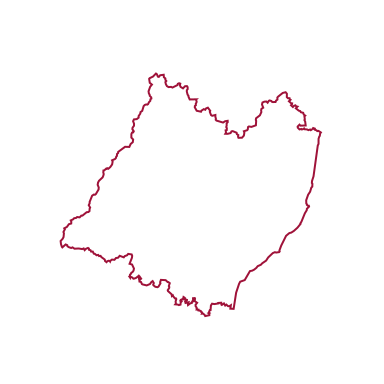 Hurunui District, Canterbury, New Zealand (Robinson projection), rotated 344°
{"feature_id": "76426892B32484543258144", "entity_name": "Hurunui District", "entity_type": "district", "adm_level": 2, "iso_a3": "NZL", "parent_name": "New Zealand", "parent_adm1": "Canterbury", "projection": "robinson", "projection_center": [172.736, -42.667], "detail": "fine", "context": "isolated", "style": "outline", "palette": "rose", "viewbox_px": 384, "rotation_deg": 344, "n_neighbors": 0, "source": "geoboundaries", "source_scale": "gbopen_adm2", "svg_char_len": 6045}
<svg xmlns="http://www.w3.org/2000/svg" viewBox="0 0 384 384"><g transform="rotate(344 192 192)"><path d="M154.9,107.7L155.1,110.4L154.5,112.3L152.6,113.8L152.0,115.1L152.4,116.4L152.2,117.2L152.7,117.6L151.9,118.5L150.7,118.4L149.7,119.6L148.7,123.0L149.9,125.3L148.8,127.8L146.3,128.9L144.2,131.4L140.1,130.1L132.1,133.1L131.7,134.2L130.4,134.8L129.8,136.6L128.9,137.1L128.2,138.4L127.0,139.1L123.9,139.5L124.1,140.9L122.8,143.5L120.3,145.5L118.0,146.6L117.3,145.9L116.5,146.3L116.1,145.8L113.7,147.0L112.8,146.9L112.1,148.8L112.1,150.4L111.3,151.8L110.1,153.3L105.8,155.5L104.3,157.0L103.3,159.1L103.6,161.9L102.9,163.8L99.0,167.5L97.9,167.9L97.0,167.4L95.0,168.0L90.8,173.4L90.6,174.5L89.1,176.2L89.8,178.9L89.0,179.8L88.2,182.1L86.9,182.7L85.1,182.4L80.2,184.5L79.1,184.2L77.0,185.4L74.7,184.4L73.3,185.0L71.5,184.7L70.2,185.5L67.6,185.9L67.8,187.3L67.2,189.0L64.8,189.0L62.1,191.1L59.2,191.7L59.5,192.8L57.4,195.0L57.5,196.4L56.1,199.9L54.8,201.3L52.2,202.9L51.7,206.0L51.8,208.8L52.1,209.5L56.1,207.6L57.4,208.7L57.3,209.8L58.3,211.0L60.4,212.5L61.9,212.3L63.4,214.1L67.6,215.1L70.7,216.6L72.3,216.4L72.8,218.3L74.3,217.4L76.6,217.1L77.3,217.9L77.1,219.2L78.4,220.0L78.6,221.5L80.2,221.9L80.6,224.2L81.6,224.7L82.8,226.5L84.5,226.6L85.0,228.0L86.5,228.2L86.9,229.5L89.5,232.9L89.4,234.4L90.5,235.9L91.4,235.2L92.9,235.1L93.8,235.5L94.1,236.3L94.6,235.6L96.4,234.9L98.8,235.8L100.7,234.5L102.8,234.8L104.9,233.4L108.4,236.0L109.6,235.1L112.2,234.9L113.6,233.9L116.8,235.4L116.9,236.9L116.1,238.7L112.2,243.8L114.4,245.2L115.1,249.6L114.1,251.5L112.7,252.6L111.4,252.9L110.9,253.7L109.6,254.4L109.1,255.5L109.4,256.0L108.5,256.1L108.9,257.3L109.2,256.7L109.7,256.7L111.0,257.7L111.8,259.2L112.4,259.3L114.4,259.2L117.4,258.0L117.3,259.2L117.7,258.6L117.9,259.4L118.4,259.0L119.2,261.3L117.4,262.1L116.8,263.6L118.2,264.5L118.5,266.7L119.0,267.2L122.7,269.3L126.2,268.9L128.2,267.3L129.6,266.8L130.2,269.0L129.2,270.3L129.2,271.0L130.6,273.0L132.6,274.0L133.7,273.7L136.5,271.1L136.5,269.9L137.9,267.9L142.4,269.5L143.8,271.9L144.5,272.1L145.5,273.5L143.8,276.0L144.0,277.1L143.5,278.1L141.6,279.7L141.6,280.6L144.2,284.7L144.0,286.5L145.1,286.1L145.2,287.1L146.3,289.6L147.2,289.8L147.4,290.6L146.1,292.7L145.7,294.9L145.0,295.4L147.3,296.3L148.2,297.1L149.9,297.1L150.6,295.2L152.0,294.2L150.8,293.3L151.4,292.6L154.0,292.2L154.9,290.6L155.6,291.4L154.5,292.6L154.7,293.0L156.0,292.9L155.9,293.4L157.4,294.3L157.2,294.8L155.2,295.3L155.2,296.9L158.1,297.0L157.2,298.1L157.0,299.6L159.6,298.6L161.2,298.6L161.3,298.0L162.5,297.6L162.2,297.2L163.3,296.1L163.7,294.4L165.4,294.7L165.5,295.4L164.5,297.6L166.4,299.9L164.3,301.4L164.0,302.8L164.6,304.4L164.3,305.0L164.6,305.7L164.1,306.3L165.8,306.9L165.5,307.6L167.6,308.7L167.7,309.8L168.4,310.3L168.5,311.1L168.0,311.7L169.1,311.9L170.3,313.7L170.5,314.9L174.7,315.2L175.1,313.7L174.6,313.1L175.4,313.0L175.0,312.4L176.6,310.4L177.3,310.6L178.9,306.3L180.5,304.9L182.6,305.9L186.6,306.4L186.7,305.9L189.6,306.5L189.2,308.4L189.5,308.8L192.0,307.9L192.6,310.3L194.0,309.7L195.1,311.6L196.4,312.1L198.1,311.6L196.7,314.7L199.8,315.8L206.7,300.9L211.9,293.3L213.6,291.5L218.4,291.2L225.9,284.0L228.1,284.2L230.2,283.8L232.9,282.7L234.7,281.4L238.2,280.9L239.8,279.9L244.3,278.4L247.2,275.9L252.8,273.0L255.1,272.7L256.2,273.4L259.2,273.8L259.9,273.3L259.9,272.3L263.0,268.1L270.4,260.0L274.3,258.3L276.2,258.4L279.2,257.5L283.5,255.4L287.5,252.6L287.4,252.2L289.1,250.6L294.6,243.6L297.3,241.1L297.8,239.8L300.5,238.3L300.5,237.4L299.7,237.2L298.9,236.1L299.1,235.5L298.7,234.6L299.5,231.4L302.9,226.6L305.6,224.3L307.9,220.7L309.1,220.0L310.0,217.3L309.7,216.4L310.4,214.5L313.1,210.5L325.7,182.0L326.9,180.6L328.3,175.8L329.6,173.8L330.3,173.3L331.3,171.1L332.3,170.3L330.4,168.1L329.2,168.0L328.7,167.0L327.3,166.1L327.0,165.6L327.5,164.9L326.1,163.9L324.8,165.0L325.0,165.3L324.5,165.0L323.2,165.3L322.8,164.5L320.9,164.6L319.9,163.6L317.5,162.7L317.3,161.8L315.6,162.2L314.7,162.1L314.4,161.5L312.6,161.5L311.4,159.3L311.6,158.2L313.9,156.9L314.5,158.1L319.6,159.4L320.2,155.5L319.9,153.8L320.5,153.2L320.9,150.3L321.9,149.8L320.8,148.4L320.7,146.5L318.6,145.3L318.3,144.0L317.1,143.3L314.9,140.2L316.9,139.0L315.7,138.3L315.3,137.2L313.9,137.2L312.4,138.1L311.1,135.9L312.3,135.2L312.6,134.5L312.0,134.4L310.2,131.5L312.1,130.5L311.5,129.7L311.6,128.7L310.1,128.3L309.3,126.9L310.3,123.7L309.5,121.9L306.5,121.8L301.0,124.1L300.1,124.7L299.6,126.7L298.0,127.3L297.1,128.5L294.4,127.8L293.6,127.2L293.4,126.4L291.9,125.4L291.0,125.5L289.3,127.0L288.4,125.5L286.4,125.1L284.4,125.4L283.4,127.2L283.7,130.6L281.7,131.2L281.0,132.4L280.7,134.3L278.4,137.0L273.9,138.8L273.2,140.3L273.3,141.3L271.8,145.5L267.1,145.8L264.8,144.7L263.8,145.0L262.8,147.3L262.0,147.8L258.6,147.9L258.7,149.4L257.4,152.1L255.0,153.6L251.6,152.7L251.5,151.6L252.2,150.0L251.1,148.8L251.2,147.3L247.9,144.7L246.7,144.6L245.3,146.0L242.3,145.9L240.1,145.2L241.1,144.2L241.3,142.0L242.5,142.0L243.1,140.2L242.8,139.0L243.6,137.8L244.2,135.6L245.6,134.7L245.9,133.4L243.3,133.1L241.0,133.8L235.2,130.1L234.7,129.1L235.2,128.0L235.2,126.2L235.7,124.4L232.4,124.3L231.5,123.3L231.2,119.8L231.9,119.0L230.5,115.3L228.6,115.5L227.4,116.6L226.2,115.6L223.5,116.4L222.8,117.3L218.9,115.2L218.0,111.3L218.5,110.1L219.6,109.7L219.9,108.3L221.0,107.1L221.4,106.2L221.3,104.3L221.7,104.1L215.3,102.4L214.9,99.5L215.1,98.4L214.6,97.2L214.7,94.0L215.1,92.7L216.2,91.9L216.7,90.0L216.3,88.8L214.4,88.4L211.9,89.9L210.0,87.8L209.8,86.0L210.6,84.6L209.6,83.9L208.2,84.1L207.5,85.2L202.0,86.2L200.9,85.2L198.4,84.7L197.1,83.3L196.6,81.2L196.7,79.0L197.9,78.2L197.3,76.7L197.7,75.5L196.6,73.9L197.1,71.5L193.6,71.0L191.8,72.2L191.0,71.7L190.7,69.1L190.0,68.2L186.3,70.3L182.7,70.9L182.0,71.4L181.5,75.4L183.1,77.7L180.8,79.3L178.0,83.2L177.7,85.5L178.1,86.6L177.9,87.9L178.9,89.8L178.7,91.0L177.6,91.4L177.0,92.9L175.4,93.8L174.0,95.4L173.1,95.7L172.1,95.2L170.6,95.3L169.2,96.1L166.5,100.3L164.5,101.0L163.9,102.4L161.6,104.3L161.2,105.8L159.0,106.7L156.2,106.2L154.9,107.7Z" fill="none" stroke="#9f1239" stroke-width="2"/></g></svg>